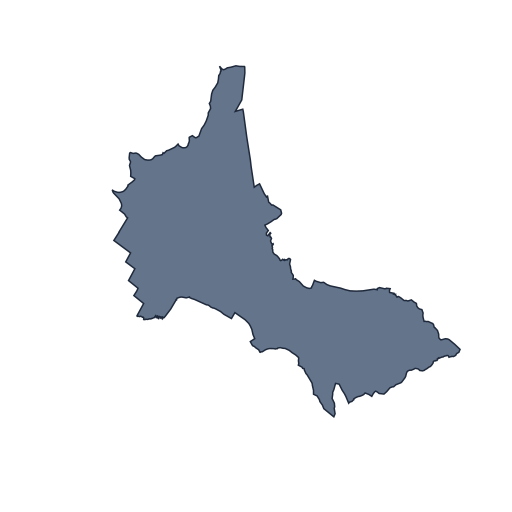 Tibucani, Neamt, Romania (Equal Earth projection), rotated 241°
{"feature_id": "2599482B37901869197091", "entity_name": "Tibucani", "entity_type": "district", "adm_level": 2, "iso_a3": "ROU", "parent_name": "Romania", "parent_adm1": "Neamt", "projection": "equal_earth", "projection_center": [26.549, 47.112], "detail": "fine", "context": "isolated", "style": "filled", "palette": "slate", "viewbox_px": 512, "rotation_deg": 241, "n_neighbors": 0, "source": "geoboundaries", "source_scale": "gbopen_adm2", "svg_char_len": 6068}
<svg xmlns="http://www.w3.org/2000/svg" viewBox="0 0 512 512"><g transform="rotate(241 256 256)"><path d="M364.3,305.5L388.4,314.9L390.8,315.6L392.5,308.0L399.4,319.2L418.5,332.9L421.5,335.0L426.8,337.8L427.3,337.8L429.9,333.4L432.1,330.6L433.3,325.6L434.5,322.1L434.3,319.9L434.7,317.8L436.3,316.8L439.7,316.1L435.3,315.5L434.9,314.7L434.6,314.8L434.2,314.1L433.0,313.1L431.9,310.9L428.8,308.8L426.0,306.5L423.4,302.1L421.9,298.6L419.2,295.7L413.3,291.4L412.0,289.1L409.3,288.8L407.0,287.8L404.3,283.6L402.3,282.5L398.1,277.8L395.6,274.1L393.8,270.2L388.6,264.2L388.4,261.5L388.6,260.6L389.5,259.9L392.1,258.7L392.2,255.3L391.9,254.9L389.1,253.6L387.8,252.4L386.6,250.8L386.0,250.5L385.1,248.9L384.9,247.9L384.9,247.1L385.6,245.3L386.7,243.8L389.7,242.1L391.7,242.1L390.8,239.1L390.5,237.4L390.9,230.9L391.4,228.9L390.4,225.3L391.4,224.8L390.1,223.2L390.7,220.9L392.3,216.8L392.2,215.7L391.1,212.8L391.0,211.1L391.4,209.6L392.4,207.7L394.3,205.4L398.0,203.7L401.8,202.7L403.8,201.4L404.4,200.6L405.3,198.2L407.4,196.3L407.4,195.9L407.0,195.2L403.6,192.8L402.0,192.0L399.7,192.1L398.6,191.5L396.7,189.4L396.1,189.1L391.9,188.0L389.3,186.8L386.4,185.0L382.4,187.5L381.5,186.7L380.8,183.6L380.1,178.3L379.2,177.9L377.6,174.6L376.9,172.0L376.9,170.7L377.5,168.1L378.4,166.4L379.2,165.4L381.3,163.4L383.1,162.4L383.0,162.2L381.0,161.9L380.0,162.0L372.4,164.0L367.8,163.8L366.5,163.5L364.9,162.8L363.2,161.1L362.2,159.0L356.4,161.4L353.2,161.5L351.6,162.2L343.4,147.8L343.2,147.9L342.3,146.2L338.5,139.2L319.5,147.8L314.0,139.2L303.6,143.9L296.3,132.6L285.0,137.2L283.2,134.8L280.6,130.0L268.9,134.7L261.4,122.9L261.1,122.8L260.6,123.1L260.3,124.1L260.0,124.2L259.3,125.0L259.3,125.9L258.1,126.8L257.5,126.9L257.3,127.6L256.3,127.8L255.8,127.6L255.1,127.0L254.7,127.1L254.1,128.3L254.2,128.8L253.0,130.6L252.8,132.3L252.3,132.7L252.2,133.4L251.9,133.7L252.0,134.3L251.7,134.9L251.6,136.7L251.3,137.5L251.9,138.0L252.5,139.4L251.7,139.5L250.5,139.0L250.0,139.4L249.9,139.7L250.4,139.7L251.3,140.6L251.4,140.8L251.0,141.1L250.2,141.0L249.2,140.2L248.5,140.3L248.4,140.6L249.8,141.8L249.9,142.3L249.0,143.0L248.1,142.5L247.6,142.7L248.4,143.4L248.4,143.9L248.0,144.7L247.7,144.7L247.1,144.1L246.5,144.0L247.1,145.1L247.0,145.6L246.7,145.8L247.4,147.7L250.9,155.6L256.0,164.3L256.5,164.7L257.1,164.6L256.2,165.3L257.4,166.4L256.8,169.6L256.1,171.2L253.2,174.7L252.4,177.8L252.1,177.6L250.0,179.1L247.9,181.1L237.3,189.0L236.6,190.1L235.4,190.9L233.1,191.8L231.3,193.2L231.0,193.8L229.0,195.3L224.6,198.1L220.5,199.7L213.2,204.2L216.7,210.1L205.5,215.6L200.5,217.0L197.8,217.1L193.9,216.8L188.8,215.3L184.3,214.8L183.9,209.5L179.8,209.5L178.9,209.7L177.7,210.7L175.8,211.3L172.7,212.9L169.9,212.8L169.7,213.0L169.9,213.5L169.2,215.0L169.4,218.9L169.1,221.1L168.5,223.0L166.4,226.6L165.2,228.0L165.2,228.7L164.6,229.5L164.9,230.7L164.1,232.8L162.2,234.9L161.0,236.7L157.4,239.3L154.0,240.7L150.3,242.7L146.9,243.9L146.1,243.9L143.8,242.3L141.3,241.3L140.0,240.1L136.4,242.4L135.1,242.3L134.2,243.5L132.8,243.0L128.9,242.7L127.4,243.1L118.2,243.4L116.9,243.2L115.6,242.6L110.7,241.2L107.2,239.3L104.0,241.6L99.7,241.8L97.6,241.3L93.5,241.8L89.6,241.3L77.6,246.1L79.7,248.7L85.0,250.6L85.9,251.7L89.3,253.2L94.5,253.5L97.8,256.0L99.6,257.0L101.3,259.2L106.0,263.8L103.6,266.6L97.1,266.3L92.6,266.6L89.5,266.5L82.3,265.7L82.8,266.9L82.3,269.4L82.8,271.0L82.9,271.9L83.6,272.2L83.8,274.4L83.6,277.0L83.0,278.7L82.7,280.7L82.6,283.0L83.3,285.0L80.2,287.6L77.1,289.2L78.7,291.7L79.6,293.8L79.8,295.1L78.2,296.2L76.1,297.0L73.2,301.0L74.0,304.5L75.8,309.3L75.5,311.6L74.9,313.0L75.6,316.0L74.9,321.2L75.0,322.1L77.1,326.9L78.1,328.5L80.7,330.9L81.6,332.2L81.8,333.1L81.7,334.8L80.8,336.6L80.5,339.5L80.6,340.4L80.4,340.9L79.0,342.7L78.2,343.3L76.5,343.7L74.8,346.0L74.4,347.7L74.6,348.6L74.6,350.9L75.0,353.6L74.8,354.7L75.2,356.3L76.4,358.8L77.7,360.0L77.8,361.0L77.3,362.1L77.5,362.3L76.9,363.5L77.3,364.5L77.6,364.8L78.0,364.7L78.1,365.4L78.4,366.1L78.4,366.6L77.8,366.6L77.5,369.5L77.0,370.6L77.1,371.8L76.8,373.3L76.5,373.7L76.6,374.3L76.0,375.5L75.5,375.8L73.9,375.7L73.8,376.6L73.3,378.0L73.3,378.6L72.3,380.0L72.3,382.5L73.1,383.6L73.4,384.5L73.4,386.7L75.4,389.2L82.4,387.0L89.1,384.4L90.4,383.5L91.8,381.6L92.8,377.6L93.2,376.9L94.8,376.4L95.6,376.3L96.6,376.6L99.1,377.9L102.9,378.6L106.7,377.7L106.8,377.4L107.3,377.3L109.9,378.0L111.4,377.8L111.9,377.3L115.3,374.8L115.9,373.4L116.8,372.5L117.3,371.3L121.5,372.4L123.5,373.3L125.1,374.5L128.7,375.1L130.4,373.3L132.2,372.5L134.2,372.3L136.8,373.3L139.1,371.9L142.3,370.6L143.0,367.0L144.5,365.6L144.6,365.0L145.3,363.9L149.3,362.3L151.5,361.0L151.7,359.4L152.5,359.5L153.8,359.0L154.8,359.5L154.9,358.8L155.8,358.0L155.9,358.6L156.4,358.7L159.3,355.2L161.0,355.9L162.4,357.5L164.6,354.4L164.4,354.1L164.9,352.7L168.5,348.7L168.7,346.3L167.7,345.7L169.8,343.1L173.7,332.6L176.7,326.6L179.9,321.4L183.3,317.7L186.9,314.4L193.9,306.4L196.6,304.2L200.2,302.4L201.3,299.7L204.7,296.4L206.4,295.3L202.9,291.2L202.1,289.8L201.2,289.0L201.7,287.0L203.6,284.9L206.8,282.8L212.6,281.5L215.9,279.7L216.9,279.6L217.2,278.3L217.9,277.0L219.5,278.4L221.0,279.2L224.6,278.9L225.6,279.6L228.1,280.1L229.8,280.9L232.7,281.5L236.2,284.5L237.4,284.2L237.9,283.6L238.1,283.0L237.5,281.4L237.9,281.1L238.0,280.3L238.3,280.1L238.2,279.1L239.1,279.1L238.9,278.3L240.2,277.8L239.8,276.1L240.1,275.7L240.1,275.2L240.5,275.0L242.2,275.2L244.2,274.9L246.3,274.4L248.8,272.9L251.2,272.6L253.8,273.8L254.6,273.7L255.5,274.6L257.2,274.9L257.5,276.1L258.0,276.9L258.5,276.9L258.4,276.2L259.0,275.6L262.1,276.0L263.9,278.1L265.3,278.1L265.4,277.7L265.7,277.6L266.1,277.9L266.9,277.9L268.0,278.4L268.5,279.2L268.7,279.9L269.0,279.9L269.6,279.7L267.9,276.1L269.2,275.3L271.0,276.2L272.3,279.1L276.2,278.5L278.7,278.7L278.5,281.7L278.7,285.9L279.2,289.9L278.9,290.3L278.6,292.3L280.1,298.1L281.0,299.1L284.4,300.0L292.5,295.5L292.8,294.5L293.2,294.3L295.1,293.9L296.9,293.2L302.8,295.1L303.0,294.2L301.7,293.8L306.5,293.4L317.4,294.1L317.4,290.7L317.0,287.8L336.6,295.1L342.9,297.7L364.3,305.5Z" fill="#64748b" stroke="#1e293b" stroke-width="1.5"/></g></svg>